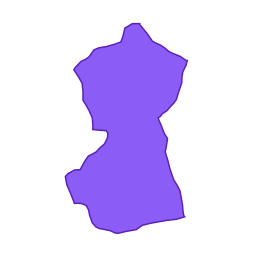 the district of Zardab District, Zərdab, Azerbaijan, rotated 80°
{"feature_id": "54616110B34042895235078", "entity_name": "Zardab District", "entity_type": "district", "adm_level": 2, "iso_a3": "AZE", "parent_name": "Azerbaijan", "parent_adm1": "Zərdab", "projection": "robinson", "projection_center": [47.712, 40.25], "detail": "fine", "context": "isolated", "style": "filled", "palette": "violet", "viewbox_px": 256, "rotation_deg": 80, "n_neighbors": 0, "source": "geoboundaries", "source_scale": "gbopen_adm2", "svg_char_len": 1378}
<svg xmlns="http://www.w3.org/2000/svg" viewBox="0 0 256 256"><g transform="rotate(80 128 128)"><path d="M27.2,98.4L26.0,105.6L29.0,113.6L37.7,117.5L42.1,120.2L43.0,125.5L43.2,126.7L44.0,134.4L44.0,142.9L45.2,148.0L51.0,153.8L53.1,158.1L54.2,162.6L59.3,169.5L61.3,171.2L69.4,167.7L76.1,165.4L84.4,166.0L92.8,167.5L98.4,165.3L104.4,163.2L111.9,161.4L120.4,162.2L123.4,163.0L125.5,155.5L126.8,150.0L129.5,148.7L134.0,149.9L139.5,153.8L142.2,158.4L146.1,163.7L147.3,167.1L148.8,171.9L152.2,175.4L154.2,177.1L155.1,177.9L160.7,182.3L160.1,187.9L161.9,193.3L162.5,195.0L164.9,198.1L173.2,198.1L182.5,195.9L191.7,194.0L193.0,193.9L193.2,191.2L194.6,186.2L197.4,182.4L201.8,181.1L207.7,180.9L215.2,179.6L219.9,176.7L222.0,173.7L223.7,169.1L226.0,163.4L229.1,159.0L230.0,156.2L229.5,147.8L229.5,137.5L226.3,130.8L225.7,121.8L225.7,105.9L226.3,96.1L225.3,87.6L223.8,88.3L219.8,88.3L213.5,87.7L206.9,87.7L199.2,87.7L194.5,89.0L186.7,92.0L175.5,93.8L167.0,94.4L157.9,95.5L153.2,93.6L145.2,90.9L140.0,93.1L130.2,95.1L125.7,96.2L123.2,96.5L122.2,94.1L119.9,91.7L117.7,86.6L114.4,82.6L111.7,78.9L108.5,75.5L102.9,72.7L99.6,70.9L92.6,67.1L87.5,66.1L82.1,64.2L76.5,60.1L71.8,57.9L71.8,58.8L66.6,64.1L64.1,68.1L62.1,71.3L59.7,74.5L55.9,77.6L52.8,80.8L52.0,81.6L49.1,86.0L46.8,88.9L41.9,91.1L38.5,92.7L31.7,96.5L27.7,98.7L27.2,98.4Z" fill="#8b5cf6" stroke="#5b21b6" stroke-width="1.5"/></g></svg>